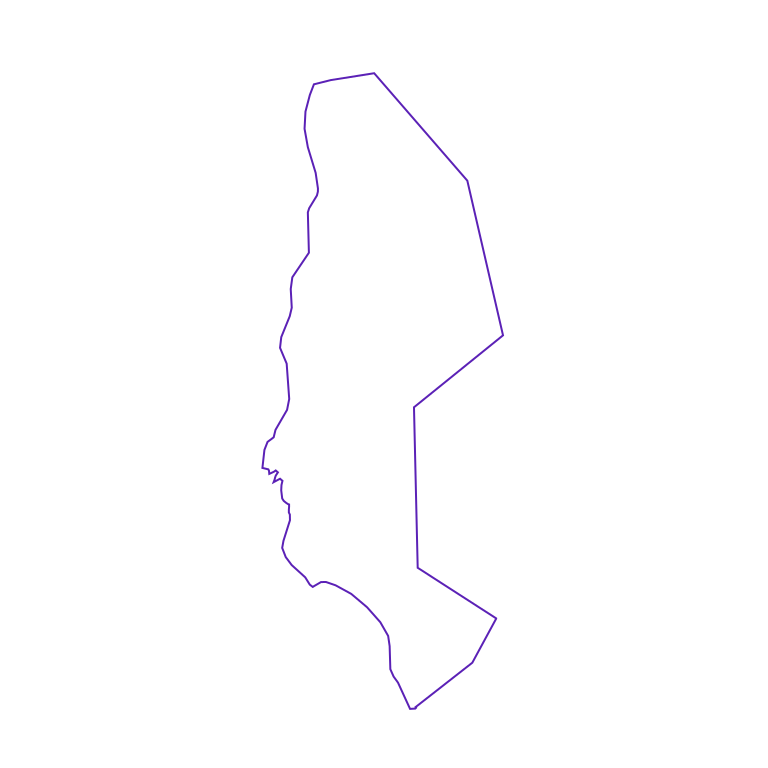 outline of Muscat, rotated 221°
{"feature_id": "OMN-2426", "entity_name": "Muscat", "entity_type": "Province", "adm_level": 1, "iso_a3": "OMN", "parent_name": "Oman", "parent_adm1": "", "projection": "robinson", "projection_center": [58.687, 23.254], "detail": "fine", "context": "isolated", "style": "outline", "palette": "violet", "viewbox_px": 768, "rotation_deg": 221, "n_neighbors": 0, "source": "natural_earth", "source_scale": "10m", "svg_char_len": 1150}
<svg xmlns="http://www.w3.org/2000/svg" viewBox="0 0 768 768"><g transform="rotate(221 384 384)"><path d="M151.2,155.9L177.5,167.8L184.8,169.5L192.1,172.9L207.8,189.9L215.6,196.6L230.5,201.8L250.3,204.4L271.0,204.1L288.5,200.3L297.9,196.5L301.6,193.2L304.7,184.1L308.4,183.9L316.6,186.4L334.9,186.8L344.6,188.9L353.3,193.5L357.0,199.7L365.6,219.5L369.4,223.7L371.5,224.6L373.4,226.8L375.1,229.1L376.6,230.8L377.6,230.4L379.9,230.1L383.0,230.0L385.7,230.8L391.8,236.3L395.1,240.5L397.1,244.3L400.3,244.3L402.9,237.5L403.9,240.2L404.8,241.9L405.6,243.9L406.1,247.7L409.0,247.7L409.5,245.6L411.6,240.9L413.9,243.1L415.3,243.7L420.7,240.9L431.0,255.8L433.9,263.9L432.3,271.4L435.8,278.2L440.2,300.9L445.7,310.5L470.8,335.5L486.2,343.1L492.3,352.0L499.6,373.3L503.7,381.1L516.7,394.5L523.2,404.4L526.8,433.8L554.1,463.6L555.8,467.6L558.3,482.3L560.1,485.8L562.1,488.2L574.1,498.5L596.9,512.8L611.4,524.5L622.0,538.1L629.6,553.5L633.5,564.2L623.5,578.5L595.3,612.1L454.5,592.1L326.1,498.8L346.1,386.1L238.0,267.4L145.6,280.7L145.4,280.5L134.5,231.6L148.2,160.9L147.4,160.7L147.5,159.5L151.2,155.9Z" fill="none" stroke="#5b21b6" stroke-width="2"/></g></svg>